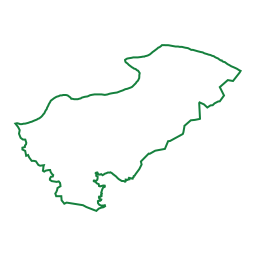 Yala, Cross River, Nigeria
{"feature_id": "59680162B30655337934726", "entity_name": "Yala", "entity_type": "district", "adm_level": 2, "iso_a3": "NGA", "parent_name": "Nigeria", "parent_adm1": "Cross River", "projection": "orthographic", "projection_center": [8.567, 6.667], "detail": "fine", "context": "isolated", "style": "outline", "palette": "green", "viewbox_px": 256, "rotation_deg": 0, "n_neighbors": 0, "source": "geoboundaries", "source_scale": "gbopen_adm2", "svg_char_len": 4440}
<svg xmlns="http://www.w3.org/2000/svg" viewBox="0 0 256 256"><path d="M200.0,118.8L199.2,103.0L199.6,102.4L204.0,104.4L207.3,107.5L210.5,105.4L212.7,105.2L214.5,103.4L218.1,101.5L219.8,101.3L224.0,95.5L219.8,87.1L227.8,80.1L233.0,81.0L239.6,72.6L240.6,70.9L239.0,70.1L237.0,68.8L235.3,68.0L233.3,67.1L231.3,66.3L230.5,65.8L229.2,65.0L227.6,64.2L224.8,62.1L223.1,61.7L221.5,60.5L221.5,60.4L220.7,60.4L219.5,59.6L217.8,58.3L216.6,57.9L215.0,57.1L213.8,56.2L212.1,55.8L210.5,55.0L208.5,54.6L207.2,54.1L204.4,53.3L203.8,53.0L202.8,52.4L200.7,52.0L199.1,51.6L197.5,51.2L195.8,50.7L193.0,49.9L191.3,49.9L189.7,49.0L188.1,48.2L187.2,48.0L186.6,47.9L185.7,47.8L184.0,47.4L182.0,46.9L179.9,46.9L177.9,46.5L175.4,46.5L172.6,46.0L170.5,45.6L168.9,45.3L168.1,45.2L166.0,45.2L163.2,45.1L162.0,45.1L161.1,46.0L159.5,47.2L158.3,47.6L157.0,48.8L156.5,49.2L155.8,49.7L153.7,51.3L152.5,52.1L151.7,52.9L149.6,54.6L149.3,54.7L148.0,55.4L146.8,55.8L145.1,56.2L144.3,56.6L143.1,56.6L141.0,57.0L137.8,57.4L135.3,57.4L135.1,57.4L133.3,57.4L131.6,57.8L128.0,58.4L127.1,58.6L125.1,59.8L125.1,60.6L125.5,61.9L125.7,62.1L126.3,62.7L127.5,63.5L128.7,64.8L130.3,66.0L132.0,67.3L132.8,67.7L134.0,68.6L135.6,69.0L136.9,70.2L138.1,70.7L138.9,71.9L139.7,73.1L139.3,75.2L139.3,76.5L139.2,78.1L138.0,80.6L136.4,82.2L135.9,83.1L135.1,83.9L133.9,85.1L133.1,85.9L132.2,86.8L130.6,87.6L129.4,88.0L127.3,88.8L125.3,89.2L122.8,90.4L120.4,91.2L117.1,92.5L114.2,92.9L111.8,93.3L109.7,93.7L107.3,94.5L104.8,94.9L101.5,94.4L99.9,94.4L97.4,94.4L94.6,94.4L92.1,94.8L90.1,95.2L87.6,96.4L84.8,96.8L81.9,97.6L80.7,98.4L79.0,98.8L77.8,99.2L76.2,99.2L74.9,99.2L74.1,99.2L72.5,98.8L71.3,98.8L70.4,97.5L68.8,96.3L67.6,95.4L66.0,95.0L64.7,95.0L63.1,95.0L61.9,95.4L60.2,95.4L58.6,96.2L57.0,96.6L56.1,97.0L54.1,98.2L52.4,99.5L50.8,100.7L50.0,102.3L49.0,103.9L48.7,104.4L48.3,105.6L47.1,107.7L46.6,109.4L45.8,110.2L45.0,111.8L44.2,113.5L43.3,114.3L42.5,115.5L41.3,116.8L39.2,118.4L38.0,118.8L36.8,119.6L34.7,120.4L33.5,120.9L31.8,121.7L30.2,122.1L28.1,122.9L26.5,123.3L24.9,123.7L23.6,123.7L22.0,124.1L20.0,124.1L18.7,123.6L17.1,123.2L15.4,123.6L18.0,126.9L18.6,128.0L19.7,130.1L19.0,133.7L20.6,137.8L22.8,139.5L25.3,139.6L26.3,142.8L26.0,144.4L25.0,145.4L24.9,146.8L24.9,147.0L22.4,147.7L22.4,149.5L25.2,150.9L25.7,153.4L26.2,155.8L28.1,155.0L29.2,157.5L31.7,160.9L34.1,160.9L35.9,161.3L38.4,165.0L40.1,165.7L41.1,165.6L42.4,165.4L43.9,165.2L43.4,166.8L43.2,169.0L42.9,170.8L44.2,171.6L45.8,170.6L48.4,170.1L50.1,170.0L50.7,172.1L51.9,173.9L53.2,175.0L53.0,175.9L52.8,176.5L50.9,176.8L49.9,178.6L49.9,179.8L51.7,181.1L56.7,181.9L58.7,181.4L60.0,182.9L60.3,184.4L60.5,186.2L57.5,188.0L57.1,190.1L56.9,190.6L56.2,192.2L55.3,193.5L55.4,193.8L56.2,196.2L56.9,196.2L61.3,196.2L61.6,200.3L64.1,203.4L64.3,203.7L66.6,202.6L83.0,205.2L86.3,207.0L96.3,210.9L98.8,208.6L101.1,207.7L103.5,207.2L105.1,206.2L104.8,205.2L103.6,205.5L101.2,205.6L99.2,204.7L98.0,203.1L97.9,201.1L98.5,200.7L99.9,200.9L101.1,200.1L101.3,199.5L99.9,199.0L99.2,198.3L98.9,197.1L99.1,196.6L99.5,196.6L100.0,196.9L100.5,196.8L101.0,196.3L101.6,196.0L101.6,195.7L101.0,195.0L101.2,194.2L101.9,193.8L101.9,193.4L101.3,193.0L101.2,192.5L101.7,191.3L101.9,190.4L102.8,188.0L103.5,187.4L104.7,186.9L104.9,186.1L104.7,185.6L104.1,185.6L103.2,185.5L101.9,185.9L100.7,186.1L100.1,186.4L99.0,186.0L98.9,185.1L98.7,184.1L97.1,183.5L96.7,183.2L95.7,182.1L94.6,181.5L93.9,181.3L93.7,181.0L93.9,180.5L94.6,180.5L95.1,180.7L95.6,181.1L96.5,180.5L97.3,179.7L97.6,178.2L97.6,176.5L96.7,176.1L96.2,175.8L96.4,174.8L96.8,174.5L96.6,174.1L95.7,173.5L95.7,173.0L96.3,172.6L97.4,172.5L97.9,173.6L98.9,174.6L100.5,174.5L101.1,174.1L102.6,175.2L104.2,174.2L104.6,173.8L106.4,173.2L107.9,172.5L108.6,172.5L109.6,172.6L110.5,172.3L111.2,172.8L112.0,173.2L112.7,173.8L113.2,174.4L113.7,174.6L114.3,175.1L114.5,175.4L115.3,175.8L116.2,176.6L117.4,177.9L118.7,179.1L121.8,181.0L123.4,181.0L124.0,181.1L124.9,181.7L125.4,181.6L125.7,181.1L125.7,179.5L126.0,179.5L126.9,180.0L127.7,179.9L128.1,179.5L128.6,179.3L128.9,179.4L129.4,179.3L129.4,178.8L129.1,178.6L128.8,178.1L129.0,177.8L129.3,177.9L131.8,178.5L132.2,178.7L132.7,178.6L132.7,177.9L133.1,177.5L133.6,177.2L133.7,176.1L134.7,175.6L135.6,174.1L139.3,169.1L141.6,164.5L140.9,161.5L148.7,153.6L149.7,153.8L155.2,150.7L164.9,148.9L168.1,141.2L170.0,141.0L182.8,134.0L183.4,132.3L184.4,126.5L184.4,125.9L190.8,120.3L194.9,119.9L199.9,118.9L200.0,118.8Z" fill="none" stroke="#15803d" stroke-width="2"/></svg>